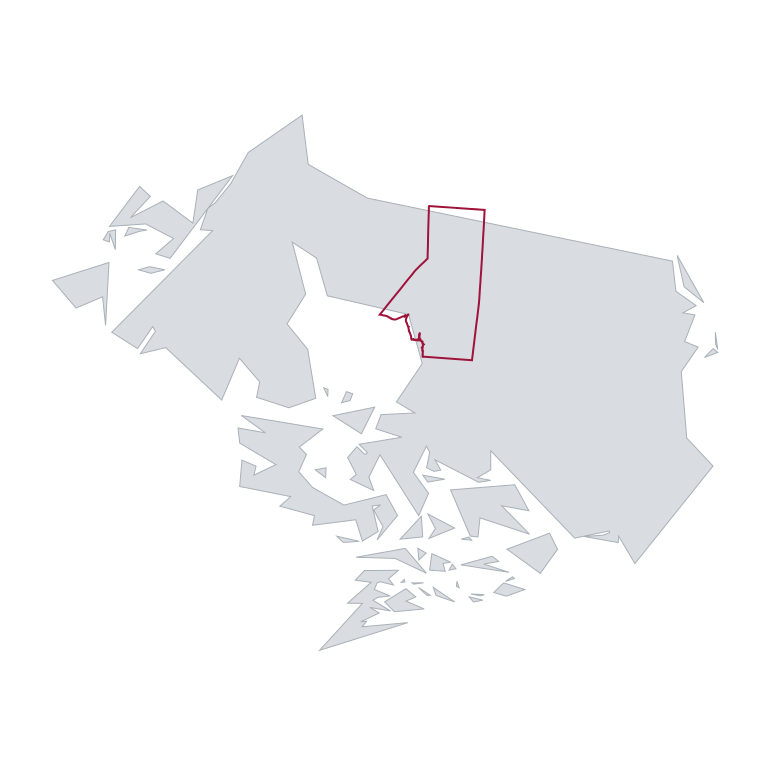 Canada, with Manitoba highlighted, rotated 181°
{"feature_id": "CAN-630", "entity_name": "Manitoba", "entity_type": "Province", "adm_level": 1, "iso_a3": "CAN", "parent_name": "Canada", "parent_adm1": "", "projection": "albers", "projection_center": [-94.63, 54.496], "detail": "fine", "context": "in_parent", "style": "outline", "palette": "rose", "viewbox_px": 768, "rotation_deg": 181, "n_neighbors": 0, "source": "natural_earth", "source_scale": "10m", "svg_char_len": 8497}
<svg xmlns="http://www.w3.org/2000/svg" viewBox="0 0 768 768"><g transform="rotate(181 384 384)"><path d="M87.0,401.6L80.4,335.3L53.6,307.7L130.0,208.8L146.7,236.0L147.0,229.5L181.1,235.0L162.0,236.7L155.9,239.4L156.2,241.1L190.6,233.2L276.1,319.1L275.8,300.0L289.0,292.0L275.7,289.5L287.6,287.4L331.7,309.1L325.8,298.9L332.4,297.5L339.9,301.0L337.1,316.7L340.5,322.6L353.1,296.2L337.5,275.4L347.0,253.0L386.8,313.1L397.5,290.7L392.4,277.3L416.1,288.0L410.1,293.0L419.1,309.8L410.0,320.8L402.6,313.9L400.8,313.4L399.5,315.2L407.8,323.3L365.3,331.1L391.5,339.1L386.4,353.3L352.6,355.6L371.3,366.3L346.1,405.1L360.6,453.9L442.2,471.2L453.6,508.7L478.2,524.2L463.9,472.5L482.0,442.4L460.9,417.3L452.0,368.5L478.7,358.6L511.2,368.5L508.3,383.9L529.0,407.2L546.0,365.1L602.9,416.6L628.1,410.0L613.4,432.9L616.3,437.3L631.0,415.1L657.1,431.0L558.0,534.3L570.3,535.1L563.2,556.5L555.8,562.4L540.7,581.7L523.8,613.1L470.6,651.4L463.6,602.3L404.0,569.6L97.7,511.9L93.8,481.9L73.3,467.8L86.4,460.4L74.3,458.5L84.2,431.6L70.5,426.4L87.0,401.6ZM385.3,263.1L393.7,261.8L387.3,236.4L402.8,226.6L409.9,247.8L453.0,241.5L451.2,251.2L486.0,260.0L475.3,269.8L526.5,279.0L524.7,305.4L510.5,299.6L512.5,290.6L490.6,301.5L527.2,322.4L529.2,337.5L501.7,333.1L526.1,350.0L444.4,337.9L467.6,319.5L460.3,312.2L467.7,294.8L453.6,279.3L422.0,262.2L380.0,273.4L368.2,252.7L388.2,228.0L382.5,241.3L392.2,257.9L385.3,263.1ZM356.1,145.8L443.8,116.6L401.7,164.3L416.6,164.2L393.4,185.5L409.3,187.3L400.4,197.1L366.4,198.0L376.1,189.3L371.0,183.2L384.4,186.2L387.5,184.9L390.1,178.4L374.2,172.2L386.4,170.6L391.2,167.6L373.5,157.2L394.3,160.4L384.8,155.0L403.1,145.9L397.2,146.5L401.7,140.9L356.1,145.8ZM235.9,236.4L285.7,251.8L287.4,232.7L295.1,233.5L315.6,279.3L251.5,285.5L236.9,259.8L264.2,264.3L235.9,236.4ZM608.1,563.1L577.9,541.5L573.6,574.8L539.0,589.7L600.1,505.9L614.5,510.2L596.9,525.8L625.2,539.9L661.2,536.8L631.8,577.3L620.9,567.5L640.4,545.9L608.1,563.1ZM224.5,197.4L258.1,221.0L215.9,237.7L207.6,221.7L224.5,197.4ZM339.9,159.8L369.6,156.5L379.6,166.2L358.5,179.7L348.5,171.7L358.3,167.3L339.9,159.8ZM338.3,195.6L369.8,209.8L408.9,210.3L359.9,220.0L338.3,195.6ZM255.7,197.9L304.0,204.5L272.9,213.6L266.2,208.6L281.1,205.7L255.7,197.9ZM663.4,437.7L666.9,466.3L693.2,454.6L717.3,481.8L661.1,500.7L663.4,437.7ZM310.9,241.2L336.3,230.4L330.1,240.4L337.8,254.8L310.9,241.2ZM392.9,360.7L405.7,333.8L434.5,351.4L392.9,360.7ZM342.6,231.8L365.2,229.1L344.4,252.4L342.6,231.8ZM270.6,177.5L260.8,187.2L239.6,181.0L258.0,174.0L270.6,177.5ZM335.1,198.7L333.2,215.2L314.5,207.1L321.9,205.6L319.5,197.8L335.1,198.7ZM309.5,167.3L328.2,173.5L331.2,181.5L309.5,167.3ZM65.6,470.8L85.7,486.5L93.1,517.7L65.6,470.8ZM406.0,226.3L421.9,224.9L428.5,231.0L406.0,226.3ZM321.6,289.9L338.5,286.7L343.6,293.5L321.6,289.9ZM346.0,208.7L347.3,220.4L338.9,215.6L346.0,208.7ZM337.4,173.4L345.9,181.1L334.0,173.6L337.4,173.4ZM440.7,289.3L451.3,297.0L440.5,299.2L440.7,289.3ZM283.9,173.9L293.5,175.6L280.0,175.1L283.9,173.9ZM304.0,230.2L296.6,232.4L293.7,229.4L304.0,230.2ZM655.0,513.7L660.8,529.9L661.0,521.2L667.2,523.3L662.4,531.6L655.0,533.5L655.0,513.7ZM290.7,167.6L295.1,172.6L281.4,169.6L290.7,167.6ZM631.3,493.9L620.5,497.2L605.1,494.4L619.1,490.6L631.3,493.9ZM426.0,364.7L421.4,375.7L415.2,373.7L417.6,366.8L426.0,364.7ZM50.7,421.5L64.0,416.1L55.6,425.1L50.7,421.5ZM340.9,185.9L350.8,184.4L352.4,185.6L340.9,185.9ZM315.7,199.0L312.6,205.0L308.9,200.5L315.7,199.0ZM623.8,533.8L630.8,532.5L645.8,527.4L641.8,536.1L623.8,533.8ZM440.0,370.4L444.2,379.2L439.9,377.7L440.0,370.4ZM259.1,188.8L252.1,193.5L250.3,191.7L259.1,188.8ZM363.3,185.9L360.4,189.0L359.6,186.5L363.3,185.9ZM308.1,182.9L307.6,188.0L305.4,181.6L308.1,182.9ZM50.9,424.4L53.2,429.8L53.6,441.6L50.9,424.4Z" fill="#d9dde1" stroke="#a8b0b8" stroke-width="1"/><path d="M342.0,562.7L286.4,559.8L286.5,557.3L286.6,554.4L286.9,545.6L287.0,542.6L287.1,539.7L287.3,536.8L287.6,528.0L287.7,525.0L287.8,522.1L288.1,516.2L288.2,513.3L288.3,510.3L288.6,504.4L288.7,501.5L289.0,495.6L289.2,492.7L289.4,486.8L289.6,483.9L289.9,478.0L290.0,475.1L290.3,469.2L290.5,466.2L291.0,461.3L291.5,456.3L292.0,451.3L292.6,446.4L295.8,415.5L296.1,412.4L296.3,410.8L296.4,409.3L342.7,411.9L345.8,411.9L345.9,412.0L345.7,412.4L345.6,412.6L345.8,412.7L345.7,412.9L345.7,413.0L345.8,413.2L345.7,413.5L345.9,414.1L345.8,414.4L345.9,414.7L346.0,414.8L345.9,415.0L345.9,415.4L345.8,415.7L345.7,415.8L345.8,416.5L345.7,416.6L345.6,416.9L345.7,417.1L345.7,417.3L345.8,417.6L346.0,417.7L346.1,417.8L345.9,417.9L345.9,418.1L345.8,418.3L345.9,418.5L346.0,418.6L346.1,418.8L346.1,419.0L346.1,419.3L346.3,419.4L346.3,419.5L346.2,419.6L346.3,420.1L346.3,420.3L346.3,420.5L346.2,420.8L346.3,420.9L346.6,420.7L346.7,420.8L346.4,421.0L346.2,421.1L346.3,421.3L346.0,421.4L346.0,421.5L345.9,421.8L345.8,422.0L345.8,422.3L345.9,422.5L345.9,422.8L345.8,423.0L345.9,423.3L345.9,423.6L345.8,424.2L345.8,424.3L345.5,424.5L345.0,424.4L344.6,424.4L344.3,424.9L344.6,424.7L345.6,424.7L345.7,424.8L345.7,425.0L345.7,425.3L346.0,425.4L346.3,425.5L346.5,425.8L346.6,426.3L346.5,426.5L346.3,427.1L346.2,427.2L346.2,427.3L346.2,427.5L346.1,427.9L346.6,427.3L346.8,427.2L347.1,427.2L347.6,427.6L347.8,427.8L348.0,428.0L348.1,428.4L348.2,429.1L348.3,429.4L348.6,429.5L348.9,429.4L349.3,429.1L349.3,428.9L349.5,428.5L349.5,428.4L349.9,428.2L350.0,428.2L349.9,428.3L349.8,428.5L349.8,428.8L349.8,429.0L349.7,429.2L349.8,429.4L349.9,429.5L350.0,429.7L350.0,429.9L349.9,430.1L349.6,430.4L349.5,430.6L349.3,431.0L349.2,431.4L349.4,432.1L349.3,432.7L349.4,433.1L349.4,433.3L349.3,433.5L349.1,433.8L349.1,434.0L349.1,434.3L349.1,434.5L349.0,435.0L349.0,435.3L348.9,435.9L348.8,436.1L349.0,435.6L349.2,435.3L349.3,435.2L349.4,434.6L349.5,434.5L349.6,434.4L349.6,434.2L349.8,433.9L349.8,433.6L349.8,433.3L349.8,433.2L349.7,433.1L349.8,432.2L349.8,431.9L349.7,431.7L349.7,431.4L349.7,431.2L349.8,430.7L350.2,430.2L350.3,429.9L350.2,429.8L350.2,429.5L350.2,429.3L350.3,429.3L350.4,429.2L350.2,428.8L350.2,428.6L350.4,428.7L350.6,428.7L351.0,428.7L352.3,428.9L352.5,428.8L352.6,428.6L352.8,428.6L353.0,428.7L353.3,428.4L353.6,428.4L354.5,428.7L354.6,428.8L354.7,428.6L355.0,428.6L355.2,428.9L355.2,429.1L355.2,429.4L355.4,429.5L355.6,429.5L355.8,429.4L356.0,429.0L356.1,428.9L356.9,428.7L357.0,428.7L357.2,428.8L357.3,429.0L357.6,429.8L357.6,430.0L357.6,430.4L357.6,430.9L357.6,431.1L357.7,431.3L357.7,431.5L357.7,431.8L357.7,432.1L357.9,432.6L358.3,433.4L358.3,433.9L358.4,434.1L358.5,434.3L358.8,434.8L358.9,435.1L358.9,435.4L359.0,435.6L359.2,435.9L359.2,436.1L359.3,436.3L359.4,436.5L359.6,436.7L359.7,436.8L359.8,436.9L359.7,437.0L359.8,437.2L359.8,437.4L359.9,437.7L359.9,437.9L360.0,437.9L360.1,438.1L360.2,438.4L360.2,439.1L360.5,440.3L360.6,440.9L360.4,441.3L360.5,441.3L360.8,441.5L360.9,441.9L361.1,442.3L361.3,442.9L361.7,443.6L361.8,444.0L362.1,444.7L362.1,444.8L362.1,445.2L362.1,445.3L362.4,445.5L362.5,445.6L362.6,445.8L362.7,446.0L362.8,446.3L362.9,446.6L363.0,446.8L363.1,447.4L363.2,447.9L363.2,448.1L363.2,448.7L363.2,449.2L363.0,449.7L362.4,451.3L362.1,452.1L361.6,452.8L361.4,453.2L361.3,453.4L361.2,453.5L360.9,453.6L360.3,453.9L360.0,454.0L361.2,453.8L361.5,453.6L362.5,452.5L362.9,452.2L364.4,451.8L364.7,451.6L364.8,451.7L364.9,451.8L364.7,452.0L364.0,452.9L363.9,453.0L363.5,453.1L363.4,453.2L363.2,453.4L363.1,453.5L363.4,453.4L364.0,453.2L364.9,452.4L365.7,452.0L366.8,451.8L368.2,451.0L370.3,450.1L372.3,449.2L373.6,448.7L374.9,448.6L376.1,449.0L376.7,448.9L376.9,449.0L377.4,449.3L377.6,449.4L378.0,449.4L378.2,449.5L378.4,449.6L378.4,449.9L378.9,450.0L379.4,450.4L380.1,450.6L380.1,450.8L380.8,451.0L381.5,451.6L381.7,451.8L382.3,451.8L382.7,452.1L384.6,452.4L385.1,452.6L385.3,452.6L386.0,452.5L386.6,452.8L387.0,452.9L387.6,453.1L388.2,453.1L388.3,453.2L388.4,453.3L388.6,453.4L388.7,453.5L388.8,453.4L389.0,453.3L389.4,453.3L387.5,455.8L385.7,458.0L384.0,460.3L382.3,462.6L379.8,465.8L377.3,469.0L374.8,472.2L372.2,475.5L369.9,478.4L367.7,481.3L365.4,484.3L363.1,487.3L361.8,489.0L360.5,490.6L359.1,492.3L357.8,494.0L356.9,495.2L356.0,496.4L355.1,497.5L354.2,498.6L352.3,500.5L350.4,502.5L348.5,504.4L346.5,506.3L346.1,506.7L345.7,507.1L345.2,507.6L344.8,508.0L344.3,508.5L343.9,509.0L343.4,509.4L342.9,509.9L342.6,510.2L342.6,511.0L342.6,516.4L342.5,521.8L342.5,532.6L342.4,544.9L342.3,549.0L342.3,550.5L342.3,552.0L342.3,553.0L342.3,554.0L342.2,555.3L342.2,556.9L342.2,557.4L342.2,557.5L342.2,558.3L342.2,559.5L342.2,561.1L342.2,562.4L342.2,562.5L342.0,562.7Z" fill="none" stroke="#9f1239" stroke-width="2"/></g></svg>